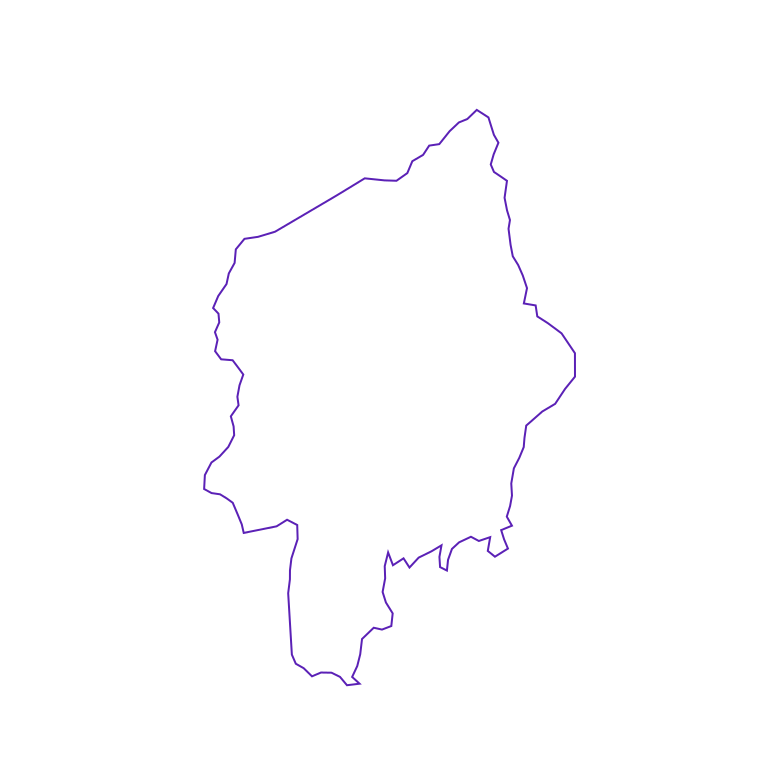 the district of São Bernardino, Santa Catarina, Brazil, rotated 39°
{"feature_id": "56859067B58324669548024", "entity_name": "São Bernardino", "entity_type": "district", "adm_level": 2, "iso_a3": "BRA", "parent_name": "Brazil", "parent_adm1": "Santa Catarina", "projection": "equal_earth", "projection_center": [-52.979, -26.487], "detail": "fine", "context": "isolated", "style": "outline", "palette": "violet", "viewbox_px": 768, "rotation_deg": 39, "n_neighbors": 0, "source": "geoboundaries", "source_scale": "gbopen_adm2", "svg_char_len": 1833}
<svg xmlns="http://www.w3.org/2000/svg" viewBox="0 0 768 768"><g transform="rotate(39 384 384)"><path d="M302.6,530.9L301.8,544.0L299.3,553.6L302.1,567.5L310.3,578.8L318.6,577.3L326.0,572.9L333.7,571.9L341.2,571.5L352.1,577.3L361.8,582.6L368.7,588.0L390.1,562.2L394.1,550.5L405.3,548.2L414.5,558.9L421.8,577.8L428.2,588.0L433.8,595.0L441.2,606.9L482.7,652.3L491.5,656.9L500.4,655.4L512.0,656.5L516.6,647.9L524.9,641.4L534.1,639.3L544.8,641.4L553.6,632.3L543.6,631.7L540.7,620.0L535.6,609.0L527.4,596.0L529.4,579.9L537.0,576.1L542.0,567.5L535.1,556.8L523.0,552.6L513.8,546.5L507.2,534.3L499.2,525.1L493.2,512.3L505.0,519.2L508.9,507.2L519.3,510.6L520.2,497.1L526.2,484.1L530.2,473.2L535.9,483.5L542.8,491.0L550.3,489.4L544.4,480.3L540.6,469.4L542.0,459.8L547.7,448.0L556.5,446.3L562.9,436.2L569.7,448.4L578.9,448.4L583.9,433.9L575.0,429.1L567.0,423.8L572.6,413.6L562.9,409.8L558.8,399.5L553.7,390.2L545.5,381.2L538.0,367.8L535.6,356.2L532.3,345.1L527.1,337.5L520.7,326.8L522.6,315.9L524.3,305.8L529.5,291.7L527.8,273.9L527.8,258.1L513.0,239.9L490.1,232.9L473.1,233.6L460.6,235.0L452.4,227.5L442.0,233.4L434.8,219.5L423.5,212.3L413.4,207.1L403.7,203.7L394.8,196.2L383.1,185.0L378.7,177.3L370.3,171.6L360.5,163.4L351.7,148.7L344.0,149.3L336.0,150.0L328.8,146.2L324.7,136.5L321.1,124.5L312.6,121.2L304.6,115.9L297.4,111.1L283.6,112.6L282.0,125.6L277.6,133.6L275.9,146.2L276.0,162.8L269.1,170.3L270.2,181.3L265.8,193.0L269.4,205.4L265.8,218.2L256.3,225.4L239.6,236.3L228.5,267.4L203.5,334.2L193.5,348.9L184.2,359.0L184.1,372.6L191.7,383.9L193.8,395.7L198.7,405.4L199.8,419.9L203.4,432.5L211.1,433.5L217.2,439.8L220.0,450.1L226.8,454.3L232.1,464.8L241.9,467.3L251.4,460.8L260.7,463.1L268.7,465.2L272.5,475.9L278.1,486.2L284.4,492.1L285.3,505.5L293.8,511.6L299.8,518.1L302.6,530.9Z" fill="none" stroke="#5b21b6" stroke-width="2"/></g></svg>